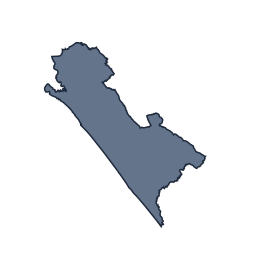 outline of Tha Sala, Nakhon Si Thammarat, Thailand, rotated 148°
{"feature_id": "78962969B88164862603856", "entity_name": "Tha Sala", "entity_type": "district", "adm_level": 2, "iso_a3": "THA", "parent_name": "Thailand", "parent_adm1": "Nakhon Si Thammarat", "projection": "equal_earth", "projection_center": [99.868, 8.707], "detail": "fine", "context": "isolated", "style": "filled", "palette": "slate", "viewbox_px": 256, "rotation_deg": 148, "n_neighbors": 0, "source": "geoboundaries", "source_scale": "gbopen_adm2", "svg_char_len": 5885}
<svg xmlns="http://www.w3.org/2000/svg" viewBox="0 0 256 256"><g transform="rotate(148 128 128)"><path d="M178.5,202.0L176.8,201.0L175.3,200.7L175.4,199.6L176.5,198.6L176.5,198.0L175.1,195.3L173.2,192.8L172.7,191.7L172.6,190.5L171.8,190.4L171.7,189.0L171.2,189.2L170.9,188.9L170.5,187.8L170.9,187.2L169.3,184.1L167.4,177.4L167.4,176.8L166.9,175.5L167.1,175.3L166.6,173.5L166.7,173.3L166.4,171.3L166.7,171.1L166.1,168.4L166.0,167.1L166.3,166.9L165.4,160.7L165.6,160.3L165.7,157.3L166.4,155.8L165.6,155.7L166.0,154.7L166.4,154.7L164.7,147.1L163.8,141.4L161.5,120.4L159.5,96.7L159.5,93.9L159.3,93.8L158.7,81.1L158.8,76.5L158.1,74.8L157.8,69.9L156.7,65.1L154.9,52.7L152.6,33.3L152.7,32.4L152.5,32.2L152.1,26.8L151.7,27.1L151.2,28.2L149.6,27.5L149.1,27.5L149.0,28.0L149.6,29.3L149.5,29.9L147.8,30.1L147.4,30.6L147.6,32.3L146.8,33.6L146.7,34.1L147.1,36.1L147.0,36.9L146.2,38.4L144.8,39.6L144.5,40.9L144.9,42.0L144.6,43.6L144.4,43.9L143.8,44.1L143.5,44.5L143.6,45.0L144.2,45.2L143.8,46.4L143.5,46.6L144.3,47.0L143.8,48.3L143.9,49.6L143.4,50.2L143.3,49.8L143.2,50.6L142.7,51.1L142.4,50.9L142.0,51.6L141.8,51.5L140.9,53.1L140.5,52.8L140.0,53.7L139.7,53.4L139.1,54.0L137.4,54.1L136.7,55.7L135.9,56.2L135.9,56.8L135.0,57.0L135.0,57.3L134.8,57.3L134.8,58.5L132.4,58.4L130.6,59.2L129.5,58.8L129.3,59.0L129.3,57.6L129.2,57.4L128.6,57.9L127.5,57.9L127.1,58.3L126.6,58.5L126.3,57.6L126.0,58.1L125.4,57.8L124.9,58.2L123.6,58.3L123.0,59.1L120.6,59.8L120.1,59.3L118.8,58.8L118.4,58.1L117.8,57.8L116.5,58.2L115.6,57.6L114.9,57.6L114.8,57.4L114.2,57.7L113.8,57.3L113.6,57.7L112.7,58.2L112.7,59.1L112.2,59.2L111.9,58.4L111.7,58.5L111.8,58.9L111.6,59.2L110.8,58.5L110.2,59.6L109.6,59.2L109.5,59.7L108.9,59.6L108.7,60.1L107.9,60.3L107.6,59.9L107.2,60.0L106.9,60.7L107.0,64.1L106.7,64.7L106.3,65.0L105.0,64.7L104.3,63.6L103.5,63.1L103.3,63.7L102.5,63.4L102.3,63.9L101.5,64.1L101.4,64.7L101.1,64.7L100.4,65.3L99.2,65.4L98.9,65.6L99.0,66.1L98.5,66.5L98.1,66.4L97.6,65.8L97.3,65.8L96.7,65.3L96.1,65.7L95.0,65.5L94.8,64.7L93.0,62.3L92.5,61.0L92.6,60.4L92.4,59.8L92.0,59.1L91.7,58.0L91.0,57.3L89.5,57.9L88.6,57.8L87.8,57.3L87.2,57.4L85.8,58.1L84.8,58.1L83.9,58.6L82.5,58.6L82.3,59.0L82.3,60.3L81.4,60.4L80.9,60.1L80.0,60.4L79.3,61.2L78.8,61.4L78.2,62.9L77.4,63.1L78.3,63.9L78.9,65.5L80.1,67.9L80.3,68.6L81.4,69.7L81.8,70.6L82.6,71.2L82.9,72.5L82.7,74.8L82.9,76.2L82.2,78.1L84.2,82.1L84.5,83.6L85.9,86.5L87.8,87.8L87.7,89.7L88.2,92.0L89.4,92.8L89.5,94.1L90.2,95.3L90.3,96.6L91.3,98.0L91.6,98.2L92.9,98.0L93.1,101.0L94.4,104.1L95.9,106.4L96.2,108.3L97.3,109.9L97.7,109.8L98.1,110.3L98.3,110.8L98.1,111.0L99.3,112.4L99.5,113.1L100.0,113.2L99.9,113.9L99.3,114.4L97.4,114.1L96.5,114.3L94.2,116.5L94.1,117.6L94.5,119.6L95.4,120.8L94.7,123.1L95.7,125.1L97.0,126.1L98.1,125.8L98.7,126.5L100.5,126.5L100.9,127.0L101.3,126.9L103.3,128.0L105.5,128.4L105.7,128.2L106.9,123.1L107.1,118.2L107.4,117.9L108.1,117.8L108.9,118.1L109.8,117.7L110.4,118.4L114.2,119.6L115.7,120.8L115.8,121.2L117.7,121.5L117.3,123.4L118.0,125.5L118.9,129.1L119.5,130.3L119.6,132.2L120.0,133.8L120.0,136.6L120.6,136.9L120.7,139.1L120.9,139.5L120.3,142.9L120.1,143.1L120.4,144.8L120.2,145.0L120.0,144.8L119.3,146.8L119.4,148.0L119.1,149.1L119.7,149.5L119.5,152.2L120.0,154.0L120.2,156.4L119.0,159.9L118.9,162.1L119.1,163.3L118.8,167.5L119.5,167.4L119.9,168.2L120.5,168.2L120.5,168.6L120.8,168.6L121.1,169.1L121.4,169.2L121.4,169.7L121.6,169.7L121.5,170.0L122.3,171.5L122.7,171.6L123.1,172.1L123.2,171.9L123.7,172.3L124.4,173.3L124.7,173.4L125.3,179.8L125.7,180.2L125.4,180.4L125.2,180.2L124.9,180.3L124.4,179.7L123.0,180.1L122.4,179.8L122.2,180.0L121.9,179.6L121.7,180.2L121.4,180.2L120.8,179.5L120.4,179.5L119.6,179.9L117.5,180.0L117.1,180.6L116.8,180.4L116.7,181.0L116.1,180.7L115.5,180.8L115.1,181.5L113.4,181.6L112.6,180.7L111.8,181.3L111.3,181.2L111.0,181.5L111.3,185.1L111.0,185.4L111.3,186.4L110.8,186.7L111.0,187.5L111.8,188.5L111.8,189.7L111.6,190.2L112.0,190.9L112.0,192.1L113.3,192.6L113.2,194.5L112.4,194.0L112.0,194.0L111.8,195.2L110.8,195.0L111.1,195.6L111.2,196.5L110.7,196.6L110.2,196.4L109.7,197.0L108.7,197.3L108.6,197.8L109.1,198.1L109.4,198.9L110.0,198.7L110.2,201.4L110.6,203.4L111.9,206.1L112.0,207.7L111.7,208.6L111.8,210.3L112.3,211.5L112.0,213.2L114.6,213.3L114.5,213.6L115.0,213.7L115.4,214.6L115.9,214.9L116.9,214.3L117.2,214.8L117.6,214.6L118.1,215.1L118.3,214.3L118.6,214.3L118.9,215.1L118.6,215.7L118.7,216.1L119.2,215.8L119.6,215.9L119.6,216.2L119.2,216.3L119.0,216.9L119.6,217.8L119.3,218.6L119.3,219.1L119.5,219.5L119.4,220.6L120.6,222.5L121.5,222.7L122.1,221.8L122.4,221.9L123.3,223.4L122.8,223.8L122.0,223.8L122.2,225.0L122.5,225.0L122.8,224.5L123.2,225.4L123.8,225.1L124.8,226.5L126.4,227.6L126.8,227.4L127.4,227.8L130.9,227.4L131.4,227.6L132.3,227.4L133.3,227.5L134.1,227.8L135.0,227.7L135.3,227.3L136.9,226.9L137.2,227.1L137.4,226.8L139.0,227.5L139.1,228.2L139.4,227.8L140.0,227.9L140.7,228.6L141.9,228.4L142.1,229.2L142.9,227.8L144.0,226.5L146.1,225.4L147.4,225.2L149.2,225.9L154.7,229.0L155.5,226.9L155.4,225.8L155.6,224.8L155.8,224.6L155.5,224.3L155.7,223.3L155.5,222.3L155.6,221.6L156.6,220.5L157.9,219.9L159.2,218.0L158.9,216.6L157.5,214.5L157.4,213.7L157.7,212.7L158.3,211.7L158.9,211.2L161.4,210.3L161.6,209.9L161.8,208.8L162.5,208.9L162.8,208.5L162.7,207.7L163.1,205.4L162.5,203.1L162.2,202.8L161.1,203.2L160.7,202.4L161.2,200.6L162.4,199.8L162.5,199.1L161.8,198.0L160.4,197.8L160.0,197.4L160.4,195.6L160.4,192.9L160.6,192.3L161.2,191.9L161.7,192.9L161.7,193.3L161.2,194.4L161.4,195.3L161.8,195.8L162.7,195.6L163.0,195.1L163.0,193.9L163.9,193.6L164.9,194.6L164.9,195.9L165.7,195.9L166.2,195.1L166.8,194.9L167.3,195.5L167.1,196.8L167.5,197.2L169.5,196.5L170.3,196.9L170.3,198.2L169.8,198.7L169.7,199.2L171.0,200.6L170.7,201.9L171.8,204.6L171.9,206.7L172.6,207.9L173.5,207.9L174.5,207.6L176.7,206.6L177.6,205.9L178.2,204.9L178.6,203.5L178.5,202.0Z" fill="#64748b" stroke="#1e293b" stroke-width="1.5"/></g></svg>